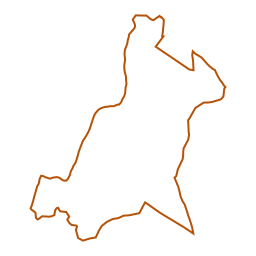 Ikpoba-Okha, Edo, Nigeria
{"feature_id": "59680162B29680565367836", "entity_name": "Ikpoba-Okha", "entity_type": "district", "adm_level": 2, "iso_a3": "NGA", "parent_name": "Nigeria", "parent_adm1": "Edo", "projection": "robinson", "projection_center": [5.629, 6.182], "detail": "fine", "context": "isolated", "style": "outline", "palette": "amber", "viewbox_px": 256, "rotation_deg": 0, "n_neighbors": 0, "source": "geoboundaries", "source_scale": "gbopen_adm2", "svg_char_len": 2401}
<svg xmlns="http://www.w3.org/2000/svg" viewBox="0 0 256 256"><path d="M46.3,216.5L48.9,216.7L51.6,216.3L54.4,215.0L54.7,212.9L55.2,210.1L56.7,208.2L58.2,207.8L60.0,211.2L62.5,211.6L66.2,212.0L68.0,214.8L69.2,216.5L67.3,219.7L69.3,222.9L71.5,224.9L74.0,225.3L76.1,225.5L77.1,226.6L75.9,229.8L78.1,238.0L83.0,240.6L90.5,238.3L95.7,237.5L99.1,230.3L101.8,225.9L107.0,221.8L112.8,219.0L118.3,218.1L123.5,215.7L129.0,215.3L139.3,213.2L144.4,203.6L145.1,202.4L147.7,204.1L160.3,213.0L183.7,227.1L189.6,231.0L193.3,233.5L192.1,227.3L190.7,222.6L189.3,218.3L188.4,216.2L187.5,213.0L186.1,208.8L184.7,204.6L182.4,200.9L180.5,196.2L179.6,191.9L179.2,190.3L178.2,186.6L174.5,177.7L176.3,176.0L177.7,169.7L182.7,159.0L183.2,154.8L183.2,152.1L183.6,148.4L185.0,145.7L188.2,139.8L189.1,134.5L188.6,131.9L188.6,129.2L188.1,120.2L189.0,119.2L195.4,107.9L203.7,102.6L208.3,102.5L212.4,101.9L219.7,99.7L221.1,99.2L223.4,96.5L224.3,88.5L225.4,87.1L223.6,85.0L222.3,82.8L220.1,80.1L217.9,76.4L216.6,73.7L214.8,69.9L212.6,68.8L209.4,66.1L207.2,63.9L201.4,57.4L195.0,53.5L192.8,51.3L192.2,55.2L192.8,58.8L193.1,61.3L193.5,70.2L189.3,69.5L168.6,55.4L155.7,46.7L156.5,45.6L163.4,36.4L162.2,36.1L162.7,33.4L163.5,25.1L163.6,24.2L163.8,19.7L163.3,19.2L162.7,18.6L161.7,17.3L161.3,17.1L160.5,17.2L159.6,15.9L153.3,20.2L150.7,19.2L147.7,16.6L146.5,15.6L135.7,15.4L132.8,19.7L133.7,21.6L134.6,23.7L135.1,25.9L134.9,26.8L134.6,28.0L131.4,31.7L131.3,31.9L129.1,34.4L128.7,37.1L127.9,39.8L127.8,40.3L127.7,40.6L127.6,41.3L127.3,43.4L126.6,45.5L126.0,47.2L125.0,49.3L124.9,50.1L124.7,52.0L124.6,52.5L124.6,55.1L125.1,59.4L124.6,63.1L124.2,65.8L124.6,71.1L126.0,76.9L126.1,80.6L126.5,83.8L126.0,85.8L125.6,87.5L125.2,92.8L124.3,96.0L122.4,99.2L121.1,102.4L119.2,104.5L117.9,104.5L113.7,106.2L110.5,106.2L106.9,106.8L105.5,106.8L101.8,107.9L99.5,109.0L98.1,110.1L95.4,113.3L94.0,115.9L92.2,121.3L89.8,128.6L88.4,131.8L86.1,136.1L82.9,140.9L80.2,147.8L78.8,151.5L77.9,155.3L76.6,159.5L75.6,162.5L73.1,166.5L72.6,168.1L71.8,169.5L70.8,171.3L69.9,175.1L67.8,179.1L66.0,180.7L64.2,180.7L62.8,180.2L59.1,177.6L56.4,177.1L52.7,177.7L49.9,178.7L48.6,178.2L45.3,177.2L43.5,176.2L41.2,175.7L39.6,179.1L38.7,183.9L37.3,186.0L36.4,189.2L34.2,196.7L33.3,200.4L32.6,202.7L31.9,205.2L31.1,207.2L30.6,208.5L31.6,209.7L35.4,212.5L35.8,216.4L36.0,217.8L37.4,219.4L38.6,219.0L42.1,216.3L46.3,216.5Z" fill="none" stroke="#b45309" stroke-width="2"/></svg>